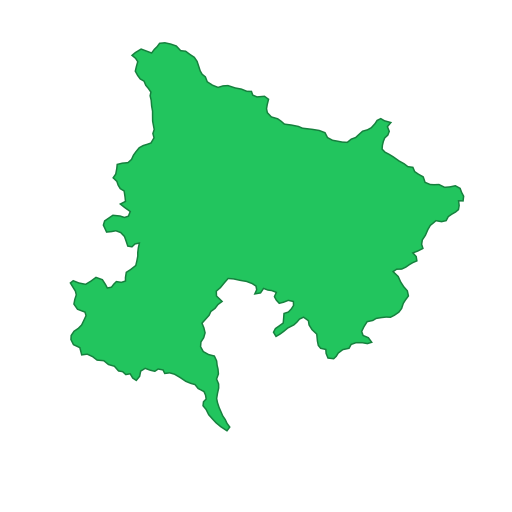 Cataguases, Minas Gerais, Brazil, rotated 108°
{"feature_id": "56859067B63513924392946", "entity_name": "Cataguases", "entity_type": "district", "adm_level": 2, "iso_a3": "BRA", "parent_name": "Brazil", "parent_adm1": "Minas Gerais", "projection": "natural_earth1", "projection_center": [-42.658, -21.332], "detail": "fine", "context": "isolated", "style": "filled", "palette": "green", "viewbox_px": 512, "rotation_deg": 108, "n_neighbors": 0, "source": "geoboundaries", "source_scale": "gbopen_adm2", "svg_char_len": 4505}
<svg xmlns="http://www.w3.org/2000/svg" viewBox="0 0 512 512"><g transform="rotate(108 256 256)"><path d="M302.3,119.3L299.0,123.9L298.5,129.6L295.1,132.2L289.9,131.5L284.1,130.0L281.2,125.0L278.2,122.4L275.9,117.9L273.8,113.3L272.7,109.2L269.6,106.1L265.3,102.8L260.9,101.3L255.6,101.3L252.0,100.4L246.9,98.7L242.4,101.3L239.5,106.1L235.9,110.5L231.6,114.4L228.5,120.8L225.1,118.2L223.4,113.4L220.3,110.1L216.7,107.4L213.8,104.8L210.9,101.5L207.0,103.5L204.6,107.8L201.3,103.7L197.2,99.6L193.7,102.1L189.3,102.8L183.9,101.3L177.6,100.7L173.0,99.7L169.8,97.6L166.8,95.8L166.0,90.1L163.6,86.1L159.1,85.3L155.8,82.8L152.5,79.8L149.3,77.8L145.2,78.4L140.9,80.4L139.6,76.1L135.0,77.0L132.1,80.0L128.6,82.8L127.6,88.1L130.4,93.0L132.4,97.8L131.5,104.1L133.2,108.7L134.2,112.5L133.7,118.0L129.1,121.4L128.0,126.9L126.7,131.2L123.2,134.2L124.1,139.2L122.5,143.7L121.4,149.4L119.3,156.1L118.2,160.7L117.4,165.4L115.4,169.1L111.6,170.0L107.7,170.3L104.0,170.1L100.3,168.0L96.3,167.8L92.4,171.0L87.4,169.0L87.7,175.6L86.8,179.8L89.6,182.7L93.3,183.7L98.4,186.0L101.5,188.9L104.4,193.2L108.9,195.8L112.5,197.8L115.4,201.5L119.7,204.3L121.0,209.0L121.5,213.1L122.3,219.0L121.3,224.6L117.4,228.5L117.1,234.7L118.1,241.2L119.3,247.3L120.1,251.3L119.7,255.7L120.5,262.7L121.8,269.7L120.1,273.7L118.8,277.8L119.0,284.4L116.2,289.5L112.7,291.5L108.7,292.1L103.1,292.5L101.5,297.3L104.4,304.2L104.0,308.8L100.9,311.2L102.2,315.6L101.8,321.5L102.6,327.7L102.6,335.3L104.4,339.9L107.4,344.2L107.0,350.2L105.4,356.2L101.3,359.5L99.8,363.4L97.2,366.3L92.9,369.4L89.1,372.2L86.1,376.1L84.7,381.2L83.0,386.2L84.0,391.1L80.9,396.7L80.8,402.6L81.4,408.6L83.5,413.4L87.4,414.7L90.8,416.5L95.2,418.0L95.0,422.4L94.7,429.2L99.8,433.6L103.5,435.9L105.2,431.6L107.7,428.5L112.9,428.3L117.5,427.9L120.9,424.3L123.4,420.8L124.3,416.5L127.7,413.6L129.9,410.1L132.6,406.6L136.3,406.2L140.3,403.8L145.6,401.6L150.3,399.1L154.6,397.7L159.6,396.0L163.5,393.9L167.1,391.9L171.4,391.9L175.1,389.5L181.0,390.8L183.5,394.1L185.8,397.4L189.1,400.5L193.9,402.4L198.0,403.7L202.6,404.2L206.8,406.6L209.0,411.8L211.8,416.3L216.0,415.4L221.4,414.7L225.8,416.0L228.0,411.4L231.2,409.0L233.9,405.9L234.9,401.5L240.3,398.8L244.4,397.0L248.5,401.1L250.4,396.1L252.6,389.3L257.6,389.7L260.0,393.0L260.0,397.7L261.5,404.7L265.4,407.7L269.4,410.8L273.8,410.7L279.4,405.5L277.5,401.1L275.3,397.1L275.5,391.9L278.1,387.1L282.0,384.1L286.2,381.0L285.6,376.8L281.9,374.8L279.7,370.9L284.7,370.4L289.3,369.5L292.6,368.4L297.3,367.8L302.2,367.4L307.7,371.1L311.6,374.3L316.8,373.5L320.1,372.4L322.7,375.9L323.5,380.9L326.6,382.5L330.3,383.8L332.4,387.5L329.6,390.4L326.0,394.8L325.8,401.6L331.0,405.3L335.6,409.3L336.4,416.2L336.0,422.2L339.0,424.2L342.6,420.0L345.2,416.9L348.5,414.9L353.3,414.9L358.0,414.3L361.8,409.3L362.2,401.3L365.3,399.2L370.3,399.8L375.5,400.5L379.7,402.6L383.8,405.8L388.7,407.2L392.6,406.2L396.7,402.2L397.6,395.2L403.9,391.2L401.5,386.2L402.2,380.3L404.1,375.0L402.6,368.4L404.8,362.8L404.6,356.6L407.8,351.2L407.2,347.1L409.0,343.2L406.9,339.3L410.2,335.5L411.3,331.4L406.4,329.5L401.1,330.1L397.1,326.7L397.3,321.2L396.9,316.6L393.7,314.1L393.1,309.2L395.9,306.5L393.8,302.0L393.6,297.0L394.9,291.0L396.9,284.0L397.3,278.5L397.1,274.3L399.9,270.1L401.0,263.6L403.9,261.0L407.4,259.2L410.9,260.9L414.8,260.1L417.4,256.0L421.6,251.9L424.4,247.1L427.0,242.4L429.2,236.9L431.2,229.6L426.8,228.1L424.2,231.8L421.1,234.7L418.3,238.3L415.2,241.0L411.5,244.3L407.4,247.3L403.7,249.4L398.4,250.2L393.1,250.7L389.3,252.0L385.2,255.5L379.8,255.3L375.3,257.2L372.0,259.2L368.0,261.0L364.0,264.7L364.4,270.7L363.2,276.6L359.4,280.7L354.8,281.8L349.9,280.5L344.8,280.7L340.4,283.4L336.6,286.6L331.6,284.4L326.9,282.3L322.7,281.8L318.5,278.8L313.9,277.2L309.7,274.2L306.3,281.2L301.7,282.9L297.1,280.1L291.2,277.8L286.0,275.6L284.7,270.2L284.0,263.2L283.1,257.2L283.4,251.1L284.6,246.7L287.9,244.9L292.4,245.4L289.7,240.3L284.5,238.8L284.7,234.2L284.0,230.3L284.3,225.4L289.0,225.9L291.7,223.0L293.8,219.3L291.5,215.6L288.2,211.6L287.7,206.4L291.5,205.0L295.6,206.1L299.3,207.9L302.0,211.6L306.6,210.5L311.3,209.4L315.3,212.3L319.0,215.1L323.1,215.8L326.3,212.1L322.8,209.0L319.2,206.4L314.6,203.5L309.8,198.7L306.3,196.7L302.6,195.2L299.5,191.9L301.3,186.2L305.2,184.2L308.7,180.0L311.5,174.1L317.9,171.3L321.8,169.1L323.8,166.0L323.3,160.7L327.0,159.2L330.8,156.0L329.7,150.4L326.6,148.7L322.9,147.8L318.2,144.5L315.0,139.0L310.7,138.2L307.6,134.2L305.6,128.1L304.9,123.0L302.3,119.3Z" fill="#22c55e" stroke="#15803d" stroke-width="1.5"/></g></svg>